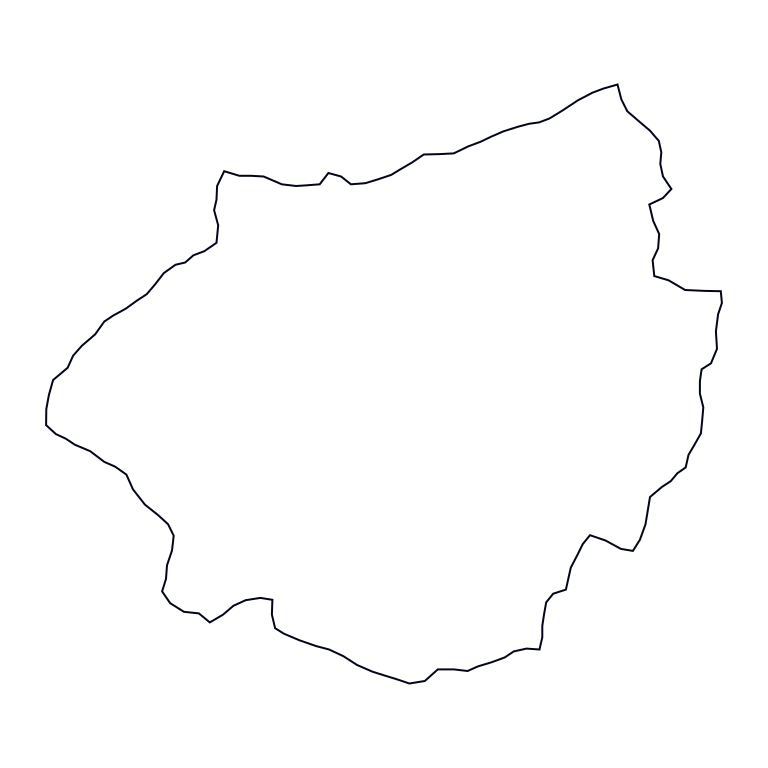 Pedralva, Minas Gerais, Brazil (Mercator projection)
{"feature_id": "56859067B80700931197230", "entity_name": "Pedralva", "entity_type": "district", "adm_level": 2, "iso_a3": "BRA", "parent_name": "Brazil", "parent_adm1": "Minas Gerais", "projection": "mercator", "projection_center": [-45.453, -22.248], "detail": "fine", "context": "isolated", "style": "outline", "palette": "ink", "viewbox_px": 768, "rotation_deg": 0, "n_neighbors": 0, "source": "geoboundaries", "source_scale": "gbopen_adm2", "svg_char_len": 1995}
<svg xmlns="http://www.w3.org/2000/svg" viewBox="0 0 768 768"><path d="M224.2,171.2L217.1,186.0L216.5,199.6L214.1,210.2L218.2,225.3L216.5,242.8L204.3,251.2L193.4,255.3L185.2,262.5L175.4,264.8L163.8,273.1L155.0,284.5L146.7,294.2L136.8,300.7L125.7,308.7L113.3,315.5L104.3,321.5L95.1,334.4L81.8,345.8L73.1,355.7L67.7,367.7L53.1,380.0L48.9,395.0L46.3,409.1L46.1,425.1L55.9,434.1L65.8,438.7L74.8,444.7L90.2,451.2L104.3,461.9L115.2,466.7L126.4,474.6L133.0,489.4L145.0,504.7L158.3,515.3L168.1,524.3L173.7,535.7L172.0,550.5L167.0,565.3L166.0,578.9L162.1,591.4L170.2,603.2L183.9,611.8L198.9,613.4L209.8,622.4L223.1,614.6L233.4,605.8L245.6,600.2L260.4,597.9L272.4,599.8L271.9,614.6L275.1,628.2L284.1,633.8L299.5,640.3L315.8,646.0L329.1,649.5L343.4,656.2L357.1,665.0L372.5,671.7L385.2,675.7L397.2,679.4L409.4,683.5L424.8,681.0L437.8,669.4L453.9,669.4L467.6,671.0L477.9,666.4L491.8,662.2L504.8,657.4L513.8,651.4L526.5,648.6L539.5,649.5L542.3,637.2L542.3,625.9L544.0,614.6L546.2,602.3L553.2,593.7L565.9,589.6L570.8,567.6L577.8,554.2L582.8,544.0L590.0,535.2L605.5,540.5L620.9,548.9L632.9,550.9L639.9,539.8L645.5,524.3L650.0,497.0L662.0,486.9L670.8,481.1L677.4,473.2L685.7,467.4L688.5,454.9L694.5,444.7L700.9,433.4L702.2,420.5L703.3,407.3L699.9,393.6L699.9,381.1L701.6,369.3L711.0,363.3L717.0,348.8L715.9,331.4L718.1,314.3L721.9,303.0L720.8,291.2L704.8,290.9L685.1,290.0L668.6,280.3L654.3,276.1L652.6,260.2L658.1,248.4L659.2,234.1L653.2,220.9L649.3,204.5L663.0,198.0L671.4,189.0L663.0,176.5L660.3,164.0L661.3,152.2L658.8,140.9L650.0,130.7L637.8,120.3L627.3,111.3L621.3,99.3L617.5,84.5L603.3,88.6L592.2,92.8L577.8,100.4L562.0,110.8L549.4,118.5L539.1,122.4L529.0,123.8L517.7,126.8L503.3,131.4L491.1,136.7L480.9,141.6L468.2,146.4L453.7,153.4L439.6,154.1L423.7,154.5L412.2,162.4L400.4,169.3L391.2,174.9L379.0,179.0L365.3,183.2L350.9,184.3L341.1,176.5L328.4,173.0L319.7,184.3L307.0,185.3L296.1,186.0L281.8,184.3L263.6,176.5L251.2,175.8L239.4,175.8L224.2,171.2Z" fill="none" stroke="#020617" stroke-width="2"/></svg>